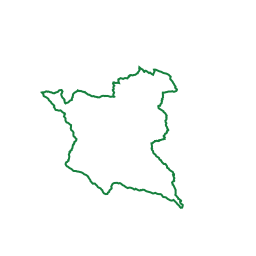 the district of Cutervo, Cajamarca, Peru, rotated 126°
{"feature_id": "86281439B9641917532645", "entity_name": "Cutervo", "entity_type": "district", "adm_level": 2, "iso_a3": "PER", "parent_name": "Peru", "parent_adm1": "Cajamarca", "projection": "equal_earth", "projection_center": [-78.851, -6.166], "detail": "fine", "context": "isolated", "style": "outline", "palette": "green", "viewbox_px": 256, "rotation_deg": 126, "n_neighbors": 0, "source": "geoboundaries", "source_scale": "gbopen_adm2", "svg_char_len": 5879}
<svg xmlns="http://www.w3.org/2000/svg" viewBox="0 0 256 256"><g transform="rotate(126 128 128)"><path d="M195.0,109.1L194.6,107.2L193.5,105.9L192.0,106.3L191.4,105.9L190.7,105.7L189.5,106.3L186.6,105.7L186.0,106.1L185.3,107.1L182.5,107.6L181.4,107.3L180.5,106.7L178.7,104.5L178.4,103.0L177.4,102.3L177.2,101.6L177.2,100.0L177.4,98.8L177.0,97.4L177.1,95.3L176.8,92.9L175.5,92.0L174.7,90.7L174.1,88.4L174.1,86.8L173.8,86.4L172.7,86.2L172.2,83.0L171.8,81.9L171.3,81.4L170.7,81.3L170.3,80.3L169.4,80.0L168.5,78.5L168.4,76.0L166.8,71.9L166.3,69.3L165.7,68.7L164.4,67.8L164.2,66.1L163.7,64.7L162.3,62.7L162.3,61.5L163.1,59.4L163.1,58.8L162.3,57.6L161.8,56.2L162.1,54.3L161.9,53.5L161.7,51.5L161.2,50.2L160.4,49.4L159.4,48.9L160.1,44.5L160.5,43.6L160.8,40.6L161.3,39.9L161.5,38.4L161.1,38.2L160.8,37.5L160.6,37.4L158.8,38.0L158.0,38.6L158.1,41.1L157.2,42.4L156.9,42.6L156.1,42.1L155.7,42.2L155.5,42.6L155.6,43.7L155.4,44.6L155.8,45.7L155.0,46.5L154.9,47.7L154.4,49.2L154.3,50.4L153.0,50.9L150.6,52.8L150.2,52.9L147.7,57.4L147.5,58.1L147.6,58.6L147.0,58.9L146.6,59.8L146.2,60.3L145.0,60.3L144.0,59.5L143.6,59.5L143.0,60.4L142.2,60.9L141.5,60.9L141.2,61.1L140.7,62.3L139.6,63.8L139.1,63.1L138.3,63.6L138.4,64.3L137.3,65.8L137.5,68.6L137.4,70.3L136.8,71.4L137.2,72.5L137.1,73.1L136.0,73.9L135.1,76.5L135.2,76.9L135.7,77.3L136.1,78.1L135.9,78.5L135.7,80.4L135.2,81.2L135.2,81.8L134.7,82.3L135.0,83.7L134.6,84.7L134.2,84.9L134.0,85.3L134.0,86.2L134.2,88.1L134.1,89.0L133.4,90.1L133.5,91.6L133.2,93.0L132.3,93.8L131.8,94.5L131.7,95.5L130.9,96.7L130.6,96.9L130.2,96.7L129.9,97.2L128.8,97.7L126.6,100.0L125.7,99.1L124.9,99.2L123.3,98.4L122.7,98.6L122.1,97.7L121.5,97.4L121.1,96.3L120.7,95.7L120.0,95.8L119.8,95.1L118.9,95.1L118.4,94.4L116.9,93.4L116.2,92.6L115.6,92.6L115.3,92.0L114.5,92.7L114.0,92.7L114.0,94.0L113.3,94.5L112.9,94.1L110.8,94.6L110.0,94.0L108.9,93.8L108.6,94.3L107.1,94.7L106.5,94.1L106.1,94.1L105.6,94.7L105.4,95.9L104.4,96.8L104.0,98.2L103.2,99.3L101.6,99.7L101.4,100.0L101.3,100.8L100.0,102.1L99.1,101.9L98.4,102.0L97.8,102.3L97.6,102.7L97.1,102.9L96.8,103.4L96.4,103.3L95.9,103.9L95.1,104.1L95.0,105.0L94.6,105.6L94.2,106.5L94.1,108.7L93.6,109.2L94.0,114.8L92.5,116.4L92.2,116.4L91.1,115.1L89.6,115.7L88.1,115.4L87.4,116.0L86.7,116.0L85.9,117.0L84.8,116.8L84.5,117.6L82.7,117.6L81.5,118.7L80.8,118.9L80.1,119.8L78.9,120.6L77.8,119.1L76.8,118.5L76.1,117.7L74.7,116.7L73.2,114.6L72.1,113.7L72.0,112.6L71.4,111.8L69.6,110.7L68.9,110.7L68.0,111.1L68.0,112.5L67.7,113.5L66.9,113.6L66.5,113.9L66.2,115.3L65.5,116.4L64.8,118.5L64.3,119.1L63.6,122.5L62.7,123.2L61.4,123.6L61.3,123.8L61.3,125.2L61.0,126.3L61.4,128.8L62.7,131.7L63.0,134.2L63.7,135.9L64.5,139.8L65.3,141.1L65.5,141.3L66.5,139.8L67.9,139.6L70.2,139.0L70.4,140.4L70.2,142.8L70.7,143.2L71.2,143.3L71.2,143.5L71.1,146.0L71.2,147.2L71.6,147.8L72.0,148.0L73.0,147.7L73.1,147.9L72.1,150.6L72.4,152.1L72.2,154.5L73.4,153.8L74.3,152.7L75.9,152.5L77.3,152.7L78.0,152.3L78.6,152.8L80.6,153.3L81.9,154.7L82.6,155.0L82.9,155.5L83.3,156.6L83.5,156.9L84.2,157.0L84.3,157.5L85.0,157.7L85.3,157.5L85.7,157.8L86.5,157.3L87.2,157.7L88.2,157.6L88.9,159.1L89.6,160.0L91.2,160.8L91.4,161.7L92.1,163.4L93.4,163.8L94.1,164.4L94.4,164.4L95.1,163.6L95.6,163.5L96.9,161.7L97.2,162.4L97.9,163.4L99.1,164.8L99.2,166.0L99.7,166.6L100.9,166.2L101.1,165.5L101.7,164.7L101.9,163.9L102.7,164.1L103.7,163.8L104.4,162.8L105.3,162.3L105.9,162.7L106.2,162.7L106.7,162.0L107.4,160.1L108.3,159.8L109.1,159.8L109.8,159.4L110.9,158.0L110.9,157.6L111.1,157.7L111.4,158.7L113.2,160.7L113.7,162.5L114.2,163.6L115.1,164.6L115.4,165.3L115.9,165.6L116.1,166.3L116.6,167.1L117.6,168.0L120.0,169.1L121.1,170.7L121.0,171.0L121.4,171.6L121.5,172.1L122.3,173.5L122.3,174.5L123.4,175.6L123.7,176.3L123.6,176.9L123.8,177.5L123.7,178.6L124.1,179.0L124.2,179.6L124.5,180.1L124.3,181.2L124.5,181.6L124.5,182.1L124.3,182.7L124.5,183.4L124.2,184.1L124.8,184.6L124.8,185.2L125.3,185.9L125.7,187.9L126.4,188.5L126.7,189.5L127.1,189.8L127.1,190.7L127.9,190.6L128.7,191.2L129.5,191.3L130.7,192.0L132.7,192.3L133.3,192.2L134.2,191.5L135.0,191.4L135.7,190.8L136.1,191.0L137.6,190.6L138.2,189.9L140.1,191.1L142.1,191.3L143.0,191.7L143.9,192.6L144.8,192.9L144.7,193.8L144.2,194.5L143.4,195.2L143.2,195.7L142.6,195.8L142.5,196.1L142.2,196.8L141.9,199.1L140.7,201.1L139.8,202.0L138.3,202.0L137.5,202.5L136.9,202.5L136.5,203.5L136.6,204.0L136.4,204.2L137.9,205.8L140.1,206.0L141.8,207.4L142.5,207.6L142.8,208.0L143.2,208.0L143.9,209.1L144.2,211.1L144.8,211.9L145.2,213.7L145.5,214.2L146.0,214.4L146.4,215.7L147.0,216.1L148.0,216.4L148.7,217.3L149.2,217.5L149.4,218.2L149.9,218.6L150.4,216.3L151.6,215.2L151.7,214.8L151.2,212.0L151.2,209.6L152.0,208.4L152.3,205.5L152.9,204.5L153.2,201.0L153.5,200.5L154.6,200.3L154.9,199.3L155.9,197.3L155.8,196.8L155.1,195.8L154.8,194.6L154.5,194.0L153.4,193.0L153.4,192.0L153.7,190.6L153.6,189.0L153.3,187.9L153.7,187.2L154.4,187.4L154.9,186.9L156.3,186.6L156.9,184.2L158.4,183.3L159.2,182.1L159.6,181.0L159.1,179.7L159.1,178.4L159.3,177.0L159.1,175.8L161.0,174.5L161.8,174.3L163.0,172.8L163.1,171.0L163.5,169.8L163.9,169.2L165.1,168.6L166.5,167.4L166.7,166.7L166.6,165.7L167.2,164.1L167.2,163.2L168.2,162.7L169.4,162.6L170.7,163.2L171.5,162.6L172.3,162.8L172.6,162.4L173.2,162.2L174.1,162.6L177.1,161.1L178.3,161.1L179.0,160.6L180.2,161.3L181.3,160.7L181.9,161.2L182.5,160.6L184.2,160.3L185.5,158.7L188.0,157.5L188.8,157.6L189.4,156.9L190.2,157.2L191.4,157.3L191.9,157.8L193.0,157.7L194.0,157.2L194.6,156.0L194.9,154.9L194.6,153.6L194.8,151.9L194.4,149.6L194.8,146.9L193.3,144.6L193.1,143.5L192.5,142.7L191.2,139.5L191.0,137.4L191.2,136.4L190.6,134.2L190.7,131.6L191.3,131.1L191.4,130.5L192.4,127.7L193.1,127.0L193.2,125.8L193.5,125.1L193.7,123.6L192.9,123.0L192.4,121.9L192.8,120.7L192.8,119.5L193.5,117.7L193.5,116.7L193.2,116.0L193.0,114.6L193.5,113.1L193.4,112.3L194.4,110.9L195.0,109.1Z" fill="none" stroke="#15803d" stroke-width="2"/></g></svg>